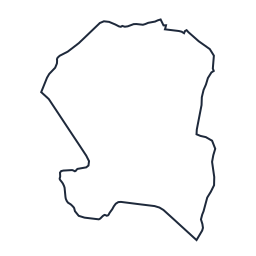 the border of Tapoa, rotated 182°
{"feature_id": "BFA-2878", "entity_name": "Tapoa", "entity_type": "Province", "adm_level": 1, "iso_a3": "BFA", "parent_name": "Burkina Faso", "parent_adm1": "", "projection": "albers", "projection_center": [1.792, 12.114], "detail": "fine", "context": "isolated", "style": "outline", "palette": "slate", "viewbox_px": 256, "rotation_deg": 182, "n_neighbors": 0, "source": "natural_earth", "source_scale": "10m", "svg_char_len": 1633}
<svg xmlns="http://www.w3.org/2000/svg" viewBox="0 0 256 256"><g transform="rotate(182 128 128)"><path d="M216.0,160.8L210.7,175.4L208.6,179.3L202.9,185.7L201.3,190.0L201.2,192.7L201.4,194.3L200.8,195.8L198.8,197.8L190.9,202.2L180.1,211.1L160.6,231.1L159.9,231.9L155.8,233.8L150.6,233.4L144.3,231.0L140.5,229.2L138.7,228.9L137.3,229.8L134.7,229.1L131.8,229.6L126.0,232.0L123.2,232.2L116.7,231.7L114.3,232.5L111.5,233.8L104.7,235.3L102.1,236.6L99.2,237.6L96.1,231.8L93.6,232.0L93.8,231.0L94.2,228.9L94.5,227.9L80.5,226.7L77.7,226.1L75.3,224.7L74.4,226.9L72.9,227.8L72.8,227.7L72.6,227.6L71.0,225.9L60.4,217.2L49.0,209.7L44.7,203.3L45.3,190.4L44.3,188.0L46.6,186.4L49.9,180.7L51.6,174.2L53.8,168.7L55.3,161.3L55.3,153.5L59.2,128.8L59.3,124.1L55.2,122.6L49.9,121.6L43.5,118.2L40.1,110.3L41.8,103.8L42.8,97.1L40.1,82.0L40.0,73.8L43.0,67.2L46.4,61.2L49.6,47.4L50.8,44.1L51.9,39.2L50.3,34.6L49.6,30.8L50.3,28.1L55.6,18.4L59.4,21.6L71.4,31.8L79.5,38.7L89.7,47.3L93.8,49.6L98.7,50.9L113.8,52.2L132.5,53.9L135.1,53.6L137.6,51.9L139.4,49.3L140.9,46.3L143.4,42.6L144.4,40.6L145.1,39.9L146.3,39.6L147.3,40.1L148.5,40.3L150.1,39.2L152.6,36.5L154.0,35.7L168.3,36.9L174.2,38.5L178.1,43.0L179.0,46.0L179.5,46.8L181.1,48.4L182.6,49.7L185.4,51.3L186.7,53.0L187.7,55.1L188.1,57.0L189.3,66.1L190.0,68.0L191.2,70.3L192.1,71.5L193.9,73.6L194.5,74.7L194.5,75.3L194.1,76.9L194.1,77.7L194.4,81.0L193.3,82.6L191.1,83.2L182.4,84.0L181.6,83.8L180.0,83.1L179.6,82.9L178.7,83.4L177.6,84.9L176.9,85.4L168.4,87.2L166.2,89.1L165.8,93.5L168.7,98.8L175.0,107.7L186.1,123.2L196.5,137.8L208.2,154.2L216.0,160.8Z" fill="none" stroke="#1e293b" stroke-width="2"/></g></svg>